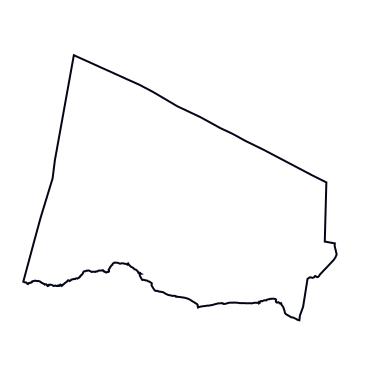 the district of Falealili, Tuamasaga, Samoa, rotated 9°
{"feature_id": "51752279B81921466612681", "entity_name": "Falealili", "entity_type": "district", "adm_level": 2, "iso_a3": "WSM", "parent_name": "Samoa", "parent_adm1": "Tuamasaga", "projection": "robinson", "projection_center": [-171.676, -13.991], "detail": "fine", "context": "isolated", "style": "outline", "palette": "ink", "viewbox_px": 384, "rotation_deg": 9, "n_neighbors": 0, "source": "geoboundaries", "source_scale": "gbopen_adm2", "svg_char_len": 4012}
<svg xmlns="http://www.w3.org/2000/svg" viewBox="0 0 384 384"><g transform="rotate(9 192 192)"><path d="M82.4,83.2L53.9,75.4L51.6,182.1L52.2,200.4L46.5,241.0L43.8,265.6L39.4,307.0L40.8,307.4L42.5,307.3L43.8,308.5L44.4,308.6L45.0,307.5L45.5,307.5L45.9,307.1L47.0,306.9L47.6,306.2L47.9,306.1L47.8,305.6L49.0,304.8L49.7,304.8L50.7,304.1L53.0,304.3L53.6,303.9L55.7,304.1L56.5,304.7L57.0,304.7L57.8,305.3L58.7,305.3L59.6,305.9L60.7,306.0L61.1,306.4L61.4,306.1L62.5,306.0L63.2,306.4L63.3,306.8L64.0,307.0L64.2,307.4L65.0,307.0L65.2,306.1L65.7,306.2L66.1,305.8L67.0,305.6L68.2,305.7L70.0,306.5L71.1,306.0L71.9,305.7L72.5,306.1L74.4,305.8L74.4,305.3L75.6,305.4L75.7,304.9L76.3,305.0L76.5,304.2L77.5,304.7L77.7,304.3L78.2,304.1L78.3,304.8L78.7,304.5L78.7,303.9L79.1,303.8L80.5,302.1L81.7,300.8L82.2,300.4L82.5,299.8L83.1,299.3L83.3,298.7L83.9,298.5L85.1,299.1L85.8,298.3L86.2,298.1L86.7,297.3L87.2,297.2L88.3,296.6L88.8,296.6L89.2,296.2L90.2,296.3L90.8,295.6L91.2,295.3L92.6,295.4L93.2,294.6L93.8,294.4L93.9,293.9L94.5,293.6L94.8,292.4L95.8,291.7L95.7,291.2L96.5,290.4L97.0,289.4L97.0,288.7L97.5,287.5L98.2,287.0L99.3,286.9L100.2,286.1L100.8,286.2L101.8,285.7L102.8,285.8L104.8,286.4L105.3,286.7L107.5,286.0L108.1,286.1L109.3,286.0L109.7,285.4L110.9,285.3L111.1,285.0L112.1,284.2L113.7,284.0L115.6,283.5L116.0,283.6L116.3,283.2L117.3,283.8L117.4,284.2L118.1,284.2L118.3,284.5L120.1,284.9L120.4,284.4L121.4,284.2L122.1,284.0L122.5,283.4L122.4,282.9L121.8,282.1L122.0,281.4L122.5,280.7L122.7,279.7L122.9,278.9L123.4,278.4L123.9,277.1L124.6,276.6L125.0,275.1L126.0,274.4L126.5,273.8L127.3,273.8L128.5,273.6L130.0,273.6L132.2,274.1L133.5,273.5L135.1,273.2L136.3,273.4L137.3,273.3L139.5,273.8L139.7,272.8L140.1,272.5L140.5,273.0L141.5,274.2L142.0,274.3L142.9,275.1L144.1,275.7L144.8,275.7L146.0,276.3L146.5,276.8L147.4,277.3L149.0,277.6L150.2,278.4L150.9,279.1L151.7,280.2L152.1,279.8L153.5,280.1L153.8,280.6L154.4,280.8L153.6,281.1L153.2,281.6L153.3,282.1L153.7,283.0L155.1,284.9L156.7,286.7L157.7,286.3L158.3,286.3L160.0,286.6L161.0,286.4L162.2,286.8L162.9,287.2L163.6,287.1L166.3,288.2L166.6,288.5L166.6,290.3L167.1,291.1L168.9,293.3L169.8,294.1L170.4,294.9L171.2,295.3L172.1,295.3L173.3,295.0L174.6,295.5L176.5,295.4L177.2,295.5L178.0,295.4L178.9,295.5L179.9,295.8L182.1,296.7L184.6,297.4L187.9,297.5L188.5,297.7L190.8,297.3L192.4,297.4L192.7,298.0L194.5,297.7L198.7,297.6L201.4,297.6L204.5,298.0L206.4,298.5L211.3,300.6L212.7,301.2L214.7,302.0L215.4,302.9L215.3,303.7L215.8,304.3L216.1,305.1L216.6,304.7L218.1,304.0L220.6,303.1L222.7,302.6L225.0,301.8L225.9,301.7L227.8,301.1L230.0,300.3L232.1,299.3L234.6,298.2L235.6,297.9L239.5,297.0L239.6,297.3L240.4,297.6L241.1,297.6L242.5,297.2L245.2,295.9L247.0,295.3L249.5,295.0L250.7,294.6L251.6,294.6L253.8,294.3L256.6,294.3L259.3,293.9L259.7,293.7L263.3,293.4L267.1,292.7L268.3,292.7L270.3,291.9L271.6,291.5L274.3,291.2L274.7,291.1L275.3,290.1L275.5,290.3L275.7,291.4L276.1,291.1L275.9,290.4L277.0,289.1L277.5,288.8L278.3,289.0L279.5,288.1L280.9,287.5L282.2,287.5L282.6,286.9L283.7,286.2L285.2,285.8L285.9,285.3L286.1,285.4L287.8,284.9L289.3,284.6L291.2,284.7L291.6,284.9L292.0,285.4L291.8,286.4L292.2,287.5L293.3,288.0L294.4,287.3L295.0,287.5L296.3,288.4L296.7,288.4L297.3,287.8L297.6,288.1L297.7,288.9L300.0,291.3L300.5,292.0L301.0,293.2L301.7,294.4L302.8,297.0L303.4,297.6L304.4,298.2L305.8,298.6L306.4,299.0L308.1,299.5L309.2,300.2L311.8,300.2L312.4,300.4L315.3,301.3L316.0,301.7L318.1,301.9L317.9,297.3L319.7,287.9L319.7,259.7L321.1,258.5L321.7,257.8L323.2,257.8L324.3,258.0L325.0,257.7L326.0,257.0L326.6,255.8L326.9,255.7L328.3,256.3L329.0,256.5L329.8,256.2L330.6,255.1L331.4,253.2L332.9,251.2L333.6,250.0L336.0,246.6L342.5,237.1L344.0,233.9L344.1,233.1L344.5,231.8L344.6,230.9L342.6,226.0L341.9,224.4L341.3,222.8L341.1,221.1L341.1,220.4L330.9,220.2L323.2,161.5L308.0,156.7L255.8,139.0L236.8,133.2L229.1,130.4L222.6,128.1L210.1,124.5L188.7,116.8L164.0,109.6L138.4,99.5L123.5,94.4L109.8,90.7L100.0,88.0L82.4,83.2Z" fill="none" stroke="#020617" stroke-width="2"/></g></svg>